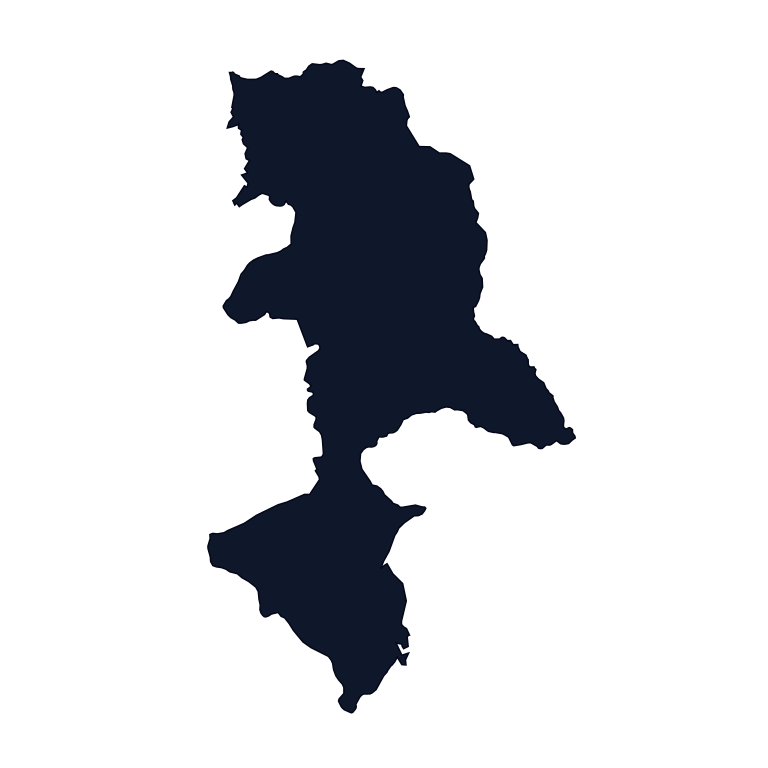 Tepango de Rodríguez, Puebla, Mexico, rotated 86°
{"feature_id": "50627088B77099076149354", "entity_name": "Tepango de Rodríguez", "entity_type": "district", "adm_level": 2, "iso_a3": "MEX", "parent_name": "Mexico", "parent_adm1": "Puebla", "projection": "albers", "projection_center": [-97.782, 20.011], "detail": "fine", "context": "isolated", "style": "filled", "palette": "ink", "viewbox_px": 768, "rotation_deg": 86, "n_neighbors": 0, "source": "geoboundaries", "source_scale": "gbopen_adm2", "svg_char_len": 6102}
<svg xmlns="http://www.w3.org/2000/svg" viewBox="0 0 768 768"><g transform="rotate(86 384 384)"><path d="M62.5,516.4L66.6,515.6L69.5,515.6L75.7,514.1L79.8,514.1L82.3,513.3L85.5,513.3L97.6,516.5L98.3,515.6L98.8,515.6L102.3,517.6L107.1,515.5L111.7,520.2L117.7,522.5L116.7,516.9L115.2,511.6L114.6,511.0L118.7,511.3L120.8,508.4L124.9,509.4L128.2,507.1L130.4,508.4L134.6,507.4L138.7,503.5L144.6,506.5L149.7,505.8L151.7,502.6L159.5,508.1L163.9,505.3L165.6,511.5L174.1,505.6L177.5,506.6L177.8,507.5L176.5,509.4L188.0,518.1L190.6,522.0L195.1,520.4L193.3,518.3L197.0,516.0L195.2,513.1L190.6,503.9L189.4,499.8L186.8,495.8L185.4,492.7L185.5,491.3L187.7,485.8L188.9,484.9L191.8,485.5L194.3,484.3L196.4,482.6L197.9,480.6L198.6,478.9L199.2,475.2L199.0,473.0L198.0,471.2L194.6,469.0L198.0,466.8L198.9,464.5L200.8,462.6L206.7,459.8L216.6,461.6L221.4,463.7L229.9,466.4L237.9,466.8L241.1,471.3L242.2,474.5L244.3,477.8L245.6,481.3L247.1,490.4L247.1,492.7L249.5,501.1L251.3,505.5L253.9,509.6L256.2,512.0L260.7,515.2L264.5,518.9L272.0,522.2L280.8,527.8L286.1,530.7L288.4,533.0L289.7,535.2L294.9,538.9L296.6,538.9L303.9,534.9L307.0,532.2L309.8,528.0L313.1,524.9L313.3,522.2L312.9,517.3L311.5,514.0L311.2,510.1L311.4,507.6L306.3,498.2L304.2,497.0L303.8,495.3L305.5,493.2L309.2,492.9L310.9,490.4L310.7,484.3L311.8,479.9L313.3,466.1L341.6,457.6L339.8,451.5L339.0,451.0L339.3,447.6L340.0,446.4L340.9,445.8L343.5,445.3L346.1,446.8L352.1,456.7L355.1,459.6L356.4,459.9L360.5,459.2L363.1,459.4L373.6,463.1L374.6,463.1L378.5,458.4L380.6,457.2L382.0,457.8L383.8,460.7L385.3,460.6L385.9,459.8L387.0,456.0L388.3,455.1L389.9,455.2L390.6,455.8L392.5,459.3L394.6,461.1L397.9,461.7L405.2,461.9L407.1,460.5L411.1,454.9L412.4,454.0L414.6,454.2L419.6,456.5L422.0,456.8L423.1,456.1L427.1,451.5L430.8,449.8L435.9,449.3L449.1,449.3L450.9,450.0L452.2,451.2L452.6,452.1L452.8,458.3L453.5,459.7L455.6,459.7L464.3,456.8L465.8,458.5L472.0,455.3L474.9,455.0L489.0,465.9L488.6,471.1L495.0,489.0L497.1,498.1L506.1,520.4L513.3,533.2L519.3,550.1L521.2,553.9L521.9,560.7L521.1,565.3L522.0,568.2L526.0,568.2L533.6,571.0L536.1,571.0L544.5,569.3L549.1,569.3L553.2,567.4L554.7,564.0L555.8,558.9L557.7,554.6L560.6,550.9L563.0,543.6L567.4,539.1L571.6,532.7L577.7,526.0L582.3,523.9L590.2,523.7L595.7,522.9L600.5,523.5L603.8,522.7L606.0,521.4L607.7,519.8L608.1,518.1L607.3,515.3L605.6,512.3L604.5,505.5L608.5,502.9L610.5,499.3L616.4,495.3L623.6,491.5L635.7,482.8L641.9,475.2L651.8,458.5L655.7,455.9L659.2,454.7L665.5,454.2L671.8,452.3L676.0,449.9L680.7,446.3L684.1,445.2L689.9,445.6L695.1,450.8L697.2,451.5L703.0,449.1L704.4,448.1L706.2,446.3L709.7,439.7L709.4,438.1L706.2,435.1L704.3,434.2L701.5,434.4L694.7,430.0L692.7,427.9L691.8,425.8L692.2,419.7L691.3,417.4L688.3,413.2L675.0,404.6L671.7,401.2L669.8,400.1L665.8,396.9L664.9,395.5L661.9,392.7L657.4,389.8L665.2,385.8L665.8,381.7L660.7,381.8L654.1,378.2L655.8,385.1L643.3,390.0L644.7,384.5L647.1,384.1L649.4,382.9L647.5,378.2L637.8,378.5L636.4,377.0L636.3,376.1L629.6,378.6L627.6,381.4L625.1,383.3L621.8,383.1L601.9,376.9L584.4,379.3L574.0,388.4L563.5,393.5L565.1,396.5L568.2,400.2L560.8,396.8L551.2,390.6L535.8,383.8L532.4,381.2L528.9,379.4L523.7,373.2L517.6,363.1L517.7,358.9L516.3,355.1L513.2,352.3L510.8,351.0L509.6,352.0L509.3,354.6L507.0,361.1L508.3,374.3L508.1,376.6L505.8,378.6L503.7,383.3L501.4,384.7L494.5,391.3L491.0,392.7L488.4,394.5L485.3,398.2L484.0,402.9L480.1,404.6L467.5,412.0L459.3,413.4L451.7,412.2L448.2,409.3L446.4,406.7L445.6,404.3L446.0,400.7L445.6,398.3L444.7,396.5L443.0,395.3L440.4,395.2L436.4,392.8L436.8,388.8L436.1,385.1L433.3,383.3L433.2,378.3L432.3,376.0L431.1,374.2L429.4,372.8L425.8,370.1L420.8,367.3L419.7,362.9L416.8,358.8L415.5,353.8L415.6,349.8L415.0,344.1L415.5,340.9L414.9,338.6L415.6,335.1L414.3,333.1L412.2,328.6L411.2,323.7L411.9,319.6L414.7,315.3L414.7,312.7L416.0,307.1L419.2,303.5L420.7,302.6L426.0,302.2L428.7,300.2L431.0,296.6L433.2,295.9L433.7,294.8L433.3,293.2L433.1,290.4L434.8,287.4L438.0,283.8L438.6,282.7L440.0,278.0L440.1,276.2L441.8,269.4L443.3,266.9L445.7,263.4L453.7,260.1L454.6,258.9L453.9,251.4L452.7,244.5L452.8,241.8L456.9,235.5L458.8,234.3L459.3,232.8L459.3,230.7L456.1,226.3L456.5,223.1L456.0,221.4L452.5,215.8L455.9,212.0L456.5,209.4L456.6,207.0L456.2,204.0L452.9,199.9L451.2,197.0L449.3,197.2L446.0,199.3L442.6,199.2L440.8,201.2L440.4,202.3L441.5,205.0L441.5,205.9L439.8,207.8L437.5,207.9L433.3,207.1L430.5,207.3L425.3,209.7L422.5,211.7L419.0,212.6L413.6,215.5L409.3,216.5L407.6,216.3L404.1,220.2L402.6,220.5L399.8,222.7L393.9,224.6L389.9,229.6L386.6,232.2L383.7,232.7L380.2,231.5L378.7,232.8L377.4,233.2L377.3,236.8L376.2,238.1L374.5,238.7L369.7,238.5L369.1,239.1L365.1,240.4L361.1,246.0L356.2,247.8L354.0,247.8L353.8,252.4L349.5,254.8L349.4,257.9L346.3,260.6L345.8,261.7L345.7,263.2L347.3,265.7L347.0,270.9L343.8,273.4L341.3,278.1L340.5,280.4L338.4,283.1L335.8,285.0L333.5,285.5L332.1,286.9L328.0,288.8L326.9,290.0L325.0,290.3L322.4,289.0L318.1,289.7L313.9,289.6L313.0,287.2L307.4,283.9L304.5,282.7L300.7,282.0L294.2,278.9L285.4,278.7L281.5,280.7L276.5,281.4L274.3,281.1L270.9,279.6L265.6,275.1L263.3,275.0L261.0,273.6L257.6,272.3L247.7,271.2L240.0,272.3L229.3,281.1L224.8,279.0L220.3,277.9L215.4,281.3L212.9,282.1L207.8,282.2L206.2,283.7L197.9,284.6L195.8,285.4L193.1,285.7L190.5,285.2L185.9,280.2L172.3,283.4L158.9,301.9L158.0,305.8L157.5,312.7L150.6,321.6L149.6,332.4L128.0,343.7L122.7,342.8L121.2,342.1L119.2,340.1L113.4,341.6L107.9,343.6L98.9,344.9L96.8,344.5L91.9,347.4L89.8,350.3L89.1,352.0L89.0,354.4L90.8,360.6L93.0,365.6L92.4,367.5L91.1,368.6L92.7,370.9L89.9,372.1L87.7,374.0L87.2,375.0L86.7,377.1L86.8,382.5L85.2,386.2L79.8,384.0L76.2,385.9L68.1,381.9L67.5,388.1L66.7,389.8L61.5,396.1L58.3,402.1L58.5,406.7L61.5,412.8L61.7,414.2L60.0,419.4L60.9,423.3L61.0,425.8L59.6,433.3L61.7,436.8L65.3,439.6L67.1,442.6L68.2,442.9L69.0,442.6L71.7,446.1L70.8,449.5L70.7,452.1L72.5,457.9L72.1,462.1L70.4,464.1L68.3,468.0L67.1,468.6L66.8,471.2L64.6,473.1L64.0,474.8L69.6,485.4L71.2,490.3L70.6,499.1L68.9,504.8L67.5,507.0L66.7,506.9L64.3,511.6L62.8,512.3L62.3,513.4L62.7,514.4L62.5,516.4Z" fill="#0f172a" stroke="#020617" stroke-width="1.5"/></g></svg>